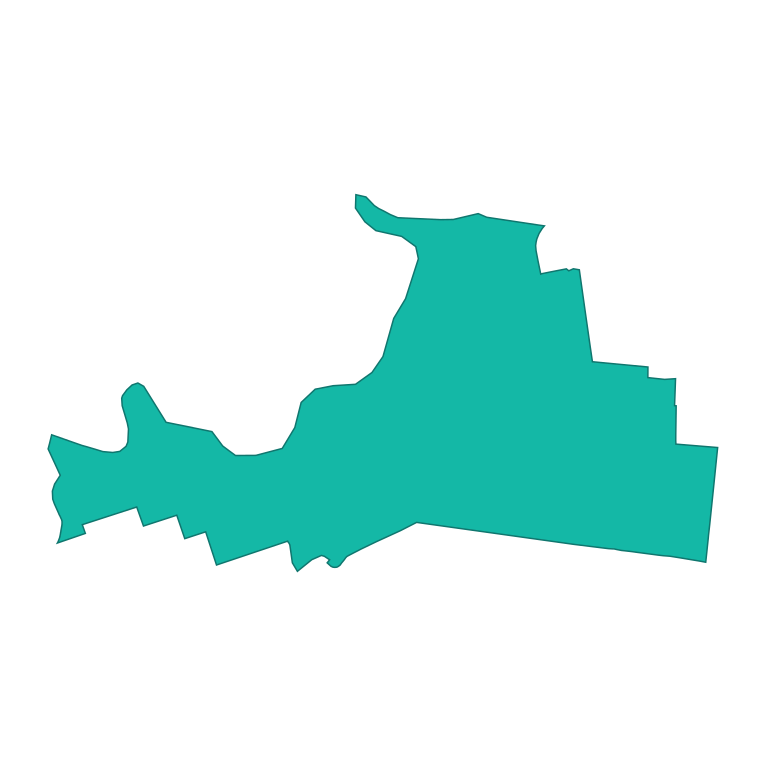 Tudor Vladimirescu, Galati, Romania, rotated 91°
{"feature_id": "2599482B92797551545765", "entity_name": "Tudor Vladimirescu", "entity_type": "district", "adm_level": 2, "iso_a3": "ROU", "parent_name": "Romania", "parent_adm1": "Galati", "projection": "mercator", "projection_center": [27.668, 45.548], "detail": "fine", "context": "isolated", "style": "filled", "palette": "teal", "viewbox_px": 768, "rotation_deg": 91, "n_neighbors": 0, "source": "geoboundaries", "source_scale": "gbopen_adm2", "svg_char_len": 3117}
<svg xmlns="http://www.w3.org/2000/svg" viewBox="0 0 768 768"><g transform="rotate(91 384 384)"><path d="M544.9,151.0L545.4,148.6L545.7,146.9L546.3,143.5L546.5,141.0L547.0,135.8L547.3,132.9L547.9,128.0L549.9,110.4L550.3,107.0L550.8,101.9L551.2,95.1L552.7,84.5L554.5,72.4L555.4,66.3L555.6,65.0L556.6,59.2L532.4,57.1L529.6,56.9L519.0,55.9L482.0,52.7L441.7,49.3L439.0,91.1L435.6,91.3L428.7,91.4L400.7,91.5L400.6,93.1L373.6,92.6L374.5,103.5L373.0,120.3L362.4,120.4L360.1,150.3L358.1,176.0L342.9,178.5L341.0,178.8L312.4,183.4L266.4,190.7L265.5,196.7L267.6,201.2L265.7,203.7L268.9,218.8L270.9,227.9L271.4,229.2L258.5,232.1L248.0,234.3L243.0,234.8L239.5,234.4L236.2,233.7L230.8,231.6L225.7,228.5L223.1,226.4L222.3,232.8L215.5,284.2L212.0,292.8L216.4,310.1L218.3,317.6L218.7,330.2L218.1,351.9L218.0,355.7L217.5,373.1L214.5,380.6L211.1,387.2L208.7,392.3L205.8,396.8L197.3,405.3L195.2,415.4L208.6,415.6L222.2,405.9L230.8,394.8L233.6,381.2L236.1,368.9L246.1,354.6L252.9,353.0L258.2,351.8L298.3,363.9L318.2,375.4L356.6,385.5L372.7,396.2L384.8,412.5L386.6,434.8L390.4,452.7L403.9,466.5L429.1,472.4L450.2,484.6L457.6,510.8L458.1,531.2L453.5,537.7L448.8,544.2L434.6,555.2L426.1,601.2L390.5,624.2L387.3,630.1L389.4,635.9L394.3,641.0L400.2,645.2L402.8,646.0L410.3,645.4L427.4,640.0L433.4,638.7L446.5,639.1L450.8,640.8L456.0,647.0L457.2,654.0L456.5,663.9L454.1,672.3L451.8,680.6L450.7,684.9L447.4,694.9L440.6,715.4L444.2,716.2L449.5,717.4L454.8,718.7L467.8,712.4L480.9,706.1L489.8,711.6L496.9,713.7L504.9,713.2L509.5,711.5L519.5,706.8L519.9,706.7L520.0,706.6L520.4,706.4L520.6,706.3L521.2,706.0L521.5,705.8L521.8,705.6L522.3,705.4L522.7,705.2L522.9,705.1L523.2,705.0L523.8,704.7L524.4,704.4L524.7,704.2L524.8,704.2L525.0,704.1L525.5,703.9L526.3,703.7L526.5,703.6L526.8,703.6L527.3,703.5L527.5,703.5L527.8,703.5L528.1,703.5L528.4,703.5L528.7,703.5L529.0,703.5L529.3,703.5L529.6,703.5L529.9,703.5L530.2,703.5L530.4,703.5L530.5,703.6L530.9,703.6L531.1,703.6L531.4,703.7L531.7,703.7L532.0,703.8L532.3,703.8L532.6,703.9L532.9,703.9L533.3,704.0L534.2,704.1L534.5,704.2L534.8,704.2L535.1,704.3L535.3,704.3L535.5,704.3L535.8,704.4L536.1,704.4L536.4,704.5L536.8,704.5L537.0,704.5L537.6,704.6L537.8,704.7L538.2,704.7L538.4,704.8L538.5,704.8L538.9,704.8L539.2,704.9L539.5,704.9L539.8,705.0L540.0,705.0L540.7,705.1L541.0,705.2L541.4,705.2L541.6,705.2L541.7,705.3L541.9,705.3L542.2,705.4L542.5,705.5L543.1,705.6L543.3,705.6L543.5,705.7L546.3,706.7L546.8,706.9L547.3,707.1L547.5,707.2L548.0,707.4L548.5,707.7L548.7,707.8L538.6,680.0L529.9,683.2L511.3,629.1L530.2,622.0L518.8,588.9L542.1,580.5L534.9,559.7L567.9,548.3L542.8,477.6L543.6,477.2L545.1,476.0L546.7,475.3L564.4,472.5L572.8,467.3L560.9,453.1L556.5,443.6L557.3,440.6L560.7,435.3L563.8,437.7L567.2,433.8L568.0,432.0L568.2,430.4L568.1,428.8L567.9,427.8L567.5,427.0L566.6,425.7L565.9,424.8L565.2,424.3L564.3,423.7L563.7,423.3L562.0,421.9L560.2,420.5L558.4,419.3L557.1,418.1L556.1,416.4L553.1,410.9L551.1,407.1L549.6,404.4L541.9,389.1L530.3,364.9L521.8,349.0L537.9,217.0L541.0,191.6L544.3,160.5L544.7,156.6L544.9,152.1L544.9,151.0Z" fill="#14b8a6" stroke="#0f766e" stroke-width="1.5"/></g></svg>